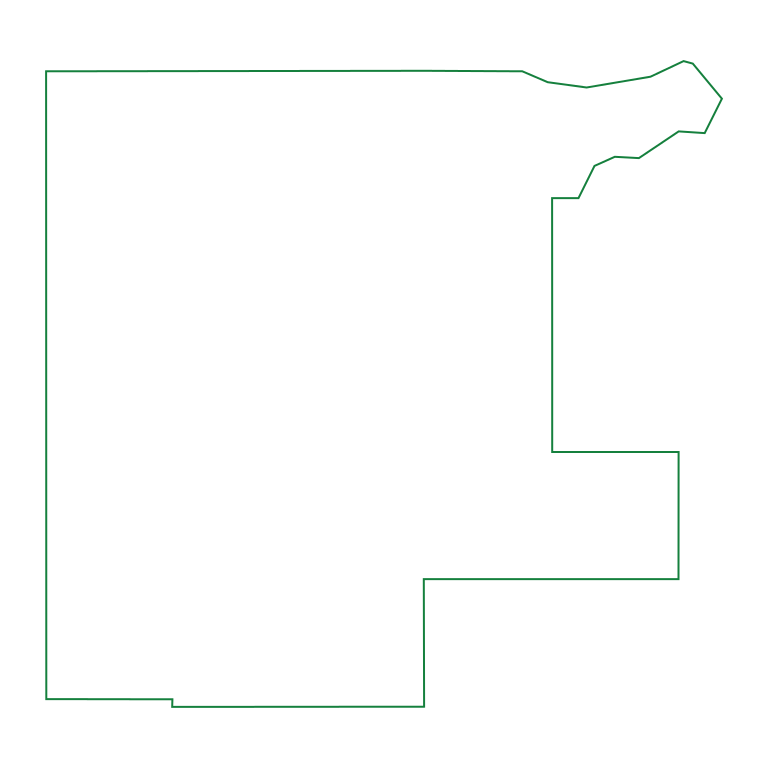 Noble, Oklahoma, United States of America (Natural Earth projection)
{"feature_id": "52423323B27580427525585", "entity_name": "Noble", "entity_type": "district", "adm_level": 2, "iso_a3": "USA", "parent_name": "United States of America", "parent_adm1": "Oklahoma", "projection": "natural_earth1", "projection_center": [-97.077, 36.38], "detail": "fine", "context": "isolated", "style": "outline", "palette": "green", "viewbox_px": 768, "rotation_deg": 0, "n_neighbors": 0, "source": "geoboundaries", "source_scale": "gbopen_adm2", "svg_char_len": 427}
<svg xmlns="http://www.w3.org/2000/svg" viewBox="0 0 768 768"><path d="M46.3,699.1L172.4,699.3L172.2,706.9L424.1,706.7L423.8,579.1L678.5,579.1L678.6,452.0L552.2,452.0L552.2,347.4L552.1,198.1L578.5,198.1L594.5,165.9L614.8,156.8L638.9,158.1L678.7,131.4L704.7,133.1L721.9,98.7L692.8,63.6L683.6,61.1L650.5,76.7L586.6,87.5L547.7,82.2L522.3,71.3L425.7,70.8L46.1,71.3L46.3,699.1Z" fill="none" stroke="#15803d" stroke-width="2"/></svg>